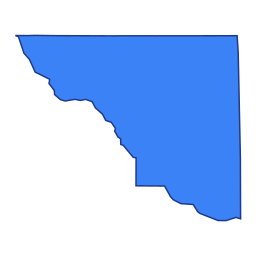 Woods, Oklahoma, United States of America
{"feature_id": "52423323B10893582659476", "entity_name": "Woods", "entity_type": "district", "adm_level": 2, "iso_a3": "USA", "parent_name": "United States of America", "parent_adm1": "Oklahoma", "projection": "orthographic", "projection_center": [-98.992, 36.696], "detail": "fine", "context": "isolated", "style": "filled", "palette": "blue", "viewbox_px": 256, "rotation_deg": 0, "n_neighbors": 0, "source": "geoboundaries", "source_scale": "gbopen_adm2", "svg_char_len": 831}
<svg xmlns="http://www.w3.org/2000/svg" viewBox="0 0 256 256"><path d="M54.3,90.5L54.6,94.6L60.4,99.6L65.2,101.0L75.0,99.3L80.2,100.4L85.7,99.4L92.2,101.7L95.4,107.9L102.5,114.2L105.7,120.4L111.3,122.3L115.5,128.5L114.6,131.1L118.0,137.0L120.6,138.8L120.8,144.5L123.1,145.2L133.3,157.4L136.1,157.8L136.0,185.8L164.6,186.0L170.5,196.7L173.4,199.8L180.8,203.6L193.2,204.5L197.6,211.6L199.9,213.4L218.1,220.5L226.0,220.6L236.0,217.4L240.6,218.8L240.5,198.8L240.4,159.0L238.2,53.0L237.1,35.7L195.8,35.8L194.8,35.8L184.3,35.8L176.9,35.8L176.5,35.8L175.6,35.8L158.1,35.8L155.5,35.9L155.4,35.8L127.7,35.8L126.2,35.8L119.2,35.8L114.2,35.9L95.9,35.8L94.8,35.8L66.0,35.7L58.8,35.7L35.0,35.4L27.3,35.6L15.4,35.5L18.5,36.8L24.0,53.3L29.4,59.3L35.2,72.1L49.7,79.3L49.0,83.5L54.3,90.5Z" fill="#3b82f6" stroke="#1e3a8a" stroke-width="1.5"/></svg>